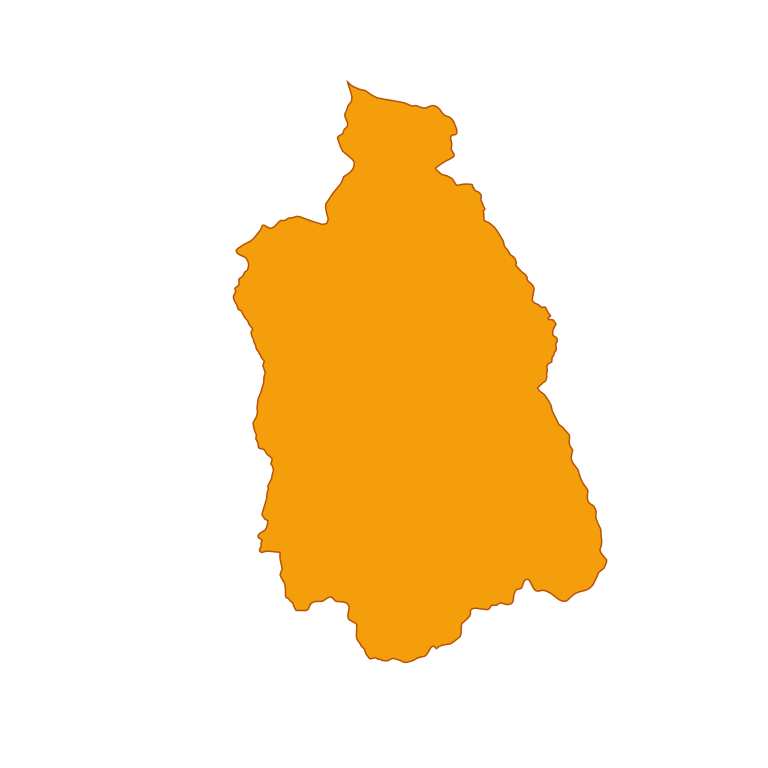 the district of Ban Luang, Nan, Thailand, rotated 330°
{"feature_id": "78962969B2609342993216", "entity_name": "Ban Luang", "entity_type": "district", "adm_level": 2, "iso_a3": "THA", "parent_name": "Thailand", "parent_adm1": "Nan", "projection": "robinson", "projection_center": [100.45, 18.857], "detail": "fine", "context": "isolated", "style": "filled", "palette": "amber", "viewbox_px": 768, "rotation_deg": 330, "n_neighbors": 0, "source": "geoboundaries", "source_scale": "gbopen_adm2", "svg_char_len": 6171}
<svg xmlns="http://www.w3.org/2000/svg" viewBox="0 0 768 768"><g transform="rotate(330 384 384)"><path d="M488.9,647.5L488.1,643.7L487.5,639.1L487.8,636.3L488.6,635.0L491.1,632.8L493.8,629.4L495.8,624.7L499.1,618.3L499.6,610.9L500.5,606.3L501.1,604.8L503.9,600.6L504.3,599.2L504.6,596.6L504.5,594.3L502.3,590.1L502.1,587.3L502.9,584.9L504.7,581.8L506.9,578.8L507.3,577.8L507.3,574.6L506.7,570.0L506.8,566.8L507.5,561.7L509.1,555.2L508.1,546.8L508.6,542.7L509.6,540.9L514.4,535.5L514.2,530.3L514.7,528.2L516.1,525.6L518.3,522.7L519.0,520.5L517.1,510.9L515.2,506.3L515.9,497.7L516.1,492.1L517.9,486.1L518.2,481.7L517.7,474.1L516.9,471.5L515.3,468.1L515.0,464.1L521.7,462.5L525.1,462.2L526.0,461.8L528.6,459.3L529.7,456.5L531.8,454.6L532.6,453.1L533.2,451.2L534.5,449.6L536.0,448.7L540.3,448.7L543.0,444.9L545.6,443.8L547.3,441.9L550.1,440.7L550.9,439.7L552.5,435.5L555.5,433.5L556.2,432.3L556.5,430.2L554.7,426.6L555.0,425.1L556.7,422.4L559.2,420.4L563.0,418.1L562.6,413.4L562.2,412.8L559.0,410.5L558.7,409.7L559.0,409.0L561.9,408.4L562.4,408.0L561.7,404.4L562.2,400.0L562.0,398.1L561.1,397.3L558.8,396.6L557.3,392.5L554.8,388.9L554.2,386.9L554.4,385.5L555.0,384.3L561.1,377.3L561.8,375.9L562.1,373.5L561.9,371.5L560.2,366.8L560.4,364.8L561.3,362.8L561.2,359.8L559.4,355.9L557.4,347.3L559.3,345.2L560.2,341.2L559.8,338.9L558.1,335.3L558.1,329.8L557.2,325.9L557.4,323.8L558.3,321.6L558.8,319.1L558.5,307.3L558.0,303.4L555.6,296.9L552.9,293.2L552.7,292.1L552.9,291.2L555.2,287.1L556.2,284.2L558.7,283.0L559.0,282.7L558.9,280.2L559.5,277.2L560.0,272.9L562.3,269.7L562.6,268.5L562.5,267.2L561.8,265.0L560.5,263.3L559.3,261.0L559.9,259.2L559.1,257.6L560.1,256.2L560.0,255.4L558.8,254.3L554.3,251.4L551.0,249.9L547.6,249.0L546.5,248.2L546.0,247.1L545.9,242.0L545.5,240.0L542.7,235.2L539.5,232.2L538.5,230.8L536.3,224.0L537.3,222.7L539.2,222.4L545.1,221.9L549.5,221.8L552.8,222.1L557.8,222.0L558.6,221.6L559.1,221.1L559.6,219.5L559.5,214.5L562.9,209.7L564.5,204.6L565.1,203.4L567.1,202.4L570.8,203.8L572.6,203.1L574.0,200.5L574.5,198.4L575.5,191.7L575.3,189.0L574.5,186.4L573.4,184.7L570.8,181.6L570.0,178.5L569.6,174.1L569.0,171.9L567.8,169.5L566.6,168.1L564.7,166.8L558.3,165.8L556.4,164.9L553.5,162.2L552.1,160.1L551.0,159.0L550.1,158.4L547.5,157.6L542.5,151.1L539.3,148.1L522.1,133.7L520.0,131.2L517.1,126.3L515.1,121.8L514.0,120.0L509.9,116.3L506.4,111.6L504.6,108.2L503.5,104.3L502.6,107.4L501.1,114.9L499.8,119.3L497.7,122.3L495.5,123.7L492.2,124.9L487.7,128.9L485.3,130.4L484.2,132.1L483.7,134.1L483.0,139.5L481.9,141.7L480.8,142.8L477.0,143.5L473.4,146.6L468.4,146.7L467.1,147.2L466.7,147.7L464.9,157.0L464.6,161.6L469.0,174.0L469.1,176.5L468.2,178.7L465.7,181.4L463.6,182.6L459.7,183.9L452.8,184.3L448.7,187.7L445.7,189.3L435.0,193.3L423.7,199.0L421.8,201.7L420.1,206.2L418.2,213.3L415.4,215.9L414.5,216.2L412.7,215.9L410.2,214.8L403.0,207.0L394.8,197.1L392.3,195.2L387.7,194.2L384.5,192.7L379.4,192.7L376.4,190.7L374.5,190.9L367.8,192.9L364.4,192.8L363.0,192.1L359.4,186.4L358.4,185.9L357.4,186.2L354.5,188.6L343.7,192.9L339.3,193.5L332.8,193.1L325.5,193.5L324.0,193.8L323.0,194.3L322.5,195.1L322.3,196.5L322.8,198.7L327.0,204.8L327.4,206.0L327.5,207.5L327.3,210.6L326.0,213.8L323.2,216.7L322.4,217.1L319.0,217.5L315.5,220.1L311.6,220.4L310.5,220.8L308.7,224.7L306.8,226.1L303.9,226.2L303.0,226.5L302.4,227.3L301.8,229.9L297.7,232.5L296.8,233.8L296.4,235.3L296.0,237.9L296.1,241.3L295.1,246.3L295.3,247.1L296.6,248.7L296.9,249.7L296.6,254.3L296.7,257.2L297.5,261.0L297.0,265.3L297.7,270.1L297.4,271.1L295.0,272.4L294.2,274.0L293.4,276.7L293.4,279.4L292.2,283.3L292.3,285.5L291.2,289.1L291.0,291.0L291.5,293.5L291.1,295.6L291.4,297.3L291.0,299.9L291.7,303.8L291.6,304.6L288.3,307.4L286.9,314.3L286.1,315.7L283.7,317.8L280.1,323.1L272.2,330.5L267.8,333.6L262.2,341.0L260.6,344.6L259.5,346.2L256.7,348.9L251.3,352.1L249.6,356.0L248.6,359.5L248.0,364.4L245.6,367.3L245.4,371.3L245.0,373.1L243.6,376.1L243.9,377.5L246.4,379.7L247.2,380.7L247.5,382.1L247.5,386.1L249.8,392.3L249.1,393.8L246.1,396.5L246.4,398.3L245.5,402.7L245.0,403.7L242.6,405.8L239.4,409.6L232.4,414.3L231.2,417.3L228.1,420.1L224.9,424.7L213.2,435.8L212.9,436.7L213.2,441.3L215.1,444.4L213.7,446.3L210.6,449.5L208.6,450.7L207.3,451.0L202.1,451.2L200.4,451.6L199.1,452.3L198.7,452.8L198.5,454.4L200.0,457.4L200.1,458.8L197.9,460.3L196.7,463.0L194.6,464.2L193.2,465.4L192.9,466.9L193.6,468.6L199.2,470.2L209.8,477.8L207.5,481.5L206.4,483.9L203.5,493.0L203.1,493.6L201.0,495.0L198.8,497.1L198.4,498.3L198.2,500.3L198.2,506.3L197.9,508.2L196.1,512.3L192.8,518.1L192.5,520.1L194.1,522.2L194.2,524.6L195.5,528.2L194.8,530.9L194.6,536.1L202.8,541.0L203.7,541.3L205.9,541.1L209.9,538.1L213.0,537.4L216.1,538.1L220.1,540.5L222.2,541.4L228.5,541.1L230.5,541.3L231.9,542.2L232.3,542.9L233.4,547.5L234.0,548.5L238.6,551.5L241.8,554.4L242.3,555.6L242.6,557.1L242.3,560.0L237.5,565.6L236.2,567.8L236.0,568.9L235.9,570.0L236.2,571.1L239.9,577.4L240.2,578.7L234.1,588.4L232.9,592.0L233.5,597.6L233.2,599.5L234.5,603.9L233.7,607.0L233.5,609.3L234.0,613.7L234.3,614.6L234.9,615.3L239.7,616.7L240.3,617.4L241.1,619.4L242.9,620.4L244.1,622.4L246.3,624.1L248.5,625.4L253.3,625.8L255.5,626.7L260.1,631.9L261.9,634.7L262.7,635.4L264.6,636.4L268.4,637.5L271.3,638.0L275.0,638.0L277.6,638.4L282.9,640.0L285.1,639.8L287.0,639.0L292.2,636.0L294.9,635.4L295.6,635.6L296.2,636.4L297.1,639.4L300.4,638.9L302.6,639.1L305.5,639.9L311.5,642.2L315.3,642.1L323.0,640.9L324.4,640.2L326.6,637.9L327.6,635.9L331.1,630.8L332.1,630.3L338.8,629.0L342.3,627.8L343.6,626.8L345.9,623.1L347.4,622.8L349.9,623.3L351.1,623.9L360.7,631.1L362.9,631.3L366.0,629.6L367.0,629.5L370.7,631.9L374.6,631.6L376.3,632.5L378.8,635.3L380.7,636.8L382.3,637.5L384.7,637.9L386.5,637.2L387.6,636.1L391.0,631.5L394.3,628.9L396.1,628.3L399.7,629.5L401.2,629.4L406.8,624.8L408.9,624.4L410.1,624.7L411.1,625.4L411.8,626.9L411.3,635.6L411.9,638.4L412.4,639.3L414.2,640.6L418.1,641.9L420.4,643.7L423.8,648.7L427.6,657.9L428.8,659.9L431.1,662.1L433.2,663.1L434.2,663.1L441.6,661.4L445.1,661.0L449.0,661.6L455.7,663.5L459.1,663.7L462.6,663.1L464.9,662.2L471.3,657.9L475.7,654.5L482.7,653.4L487.7,649.5L488.9,647.5Z" fill="#f59e0b" stroke="#b45309" stroke-width="1.5"/></g></svg>